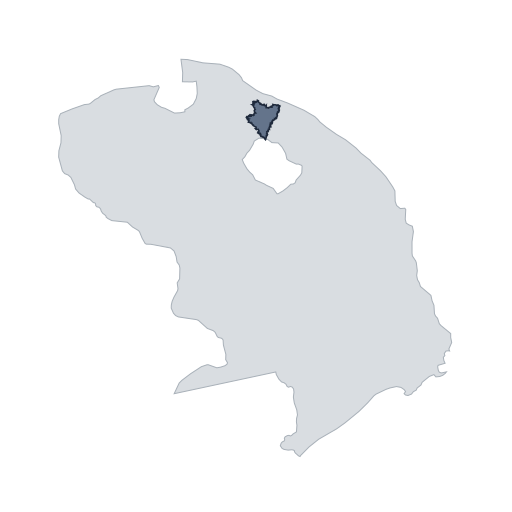 Umgungundlovu, KwaZulu-Natal, South Africa shown in context, rotated 263°
{"feature_id": "47623444B82303823139799", "entity_name": "Umgungundlovu", "entity_type": "district", "adm_level": 2, "iso_a3": "ZAF", "parent_name": "South Africa", "parent_adm1": "KwaZulu-Natal", "projection": "albers", "projection_center": [30.306, -29.53], "detail": "fine", "context": "in_parent", "style": "filled", "palette": "slate", "viewbox_px": 512, "rotation_deg": 263, "n_neighbors": 0, "source": "geoboundaries", "source_scale": "gbopen_adm2", "svg_char_len": 9129}
<svg xmlns="http://www.w3.org/2000/svg" viewBox="0 0 512 512"><g transform="rotate(263 256 256)"><path d="M364.1,74.2L378.2,72.2L384.5,73.2L392.1,76.2L399.2,77.3L411.3,76.3L415.4,76.8L418.7,77.8L421.1,79.4L424.4,91.4L427.2,104.2L427.1,108.3L427.5,109.9L430.9,115.3L432.1,118.7L434.0,121.5L438.2,135.2L438.6,137.6L438.1,170.7L436.4,174.7L437.1,179.9L435.1,180.5L423.5,173.7L421.5,174.0L418.2,176.4L415.1,180.3L413.7,183.6L407.8,192.5L407.4,198.1L407.8,203.0L409.8,203.2L411.1,206.7L414.3,212.3L419.6,215.9L424.5,217.5L431.3,218.0L436.8,218.0L436.5,214.2L437.9,204.2L446.9,205.6L460.4,205.5L459.3,212.0L454.2,226.8L450.8,243.5L446.7,251.9L444.4,255.3L437.9,261.4L434.5,263.4L431.7,264.1L420.6,276.4L416.4,282.4L412.8,291.2L409.2,296.0L403.9,306.2L394.8,321.4L387.1,331.4L383.7,334.2L381.4,335.6L375.3,341.4L366.9,350.7L360.4,359.1L350.9,368.5L345.3,372.7L337.1,380.9L334.7,382.2L325.5,389.9L318.8,394.6L308.0,400.1L303.7,401.8L293.3,400.8L289.0,401.7L285.5,405.0L285.3,409.5L283.9,410.3L274.3,408.6L270.3,409.1L268.2,411.7L266.5,414.8L261.0,415.2L251.2,412.6L239.7,411.2L237.0,411.2L231.6,413.9L229.7,414.3L221.7,414.3L217.1,413.1L212.8,413.4L209.6,414.8L205.7,415.5L195.6,424.8L190.1,425.3L185.4,426.6L176.9,426.1L174.5,426.9L172.1,428.6L166.4,429.7L164.3,431.2L155.3,439.8L151.3,439.3L146.3,439.7L140.2,436.1L138.1,436.6L138.5,435.3L138.5,433.0L136.3,431.0L134.1,431.3L132.7,429.6L129.3,429.7L126.5,430.6L125.3,423.4L123.9,422.8L120.4,423.0L118.8,423.5L118.0,424.2L117.3,425.9L117.8,430.9L116.5,429.6L114.8,426.8L114.0,423.6L114.1,419.8L116.6,418.1L115.3,413.3L110.4,405.5L107.8,404.0L105.4,399.9L103.3,398.6L102.2,395.7L100.0,393.5L99.0,389.8L99.8,387.5L101.3,386.2L103.2,387.9L105.2,386.9L107.9,383.9L109.3,379.5L108.7,372.9L107.8,368.8L104.3,358.4L102.9,356.0L96.7,349.0L89.3,339.4L79.6,324.1L74.6,314.9L66.5,295.9L60.1,285.5L52.5,275.9L51.6,275.3L52.4,273.9L55.6,271.1L57.1,270.3L57.9,270.5L58.7,269.7L59.3,268.0L59.4,264.3L60.6,260.3L61.8,258.5L64.7,257.0L67.2,258.2L68.3,259.5L68.9,261.3L70.1,262.1L71.7,261.9L73.0,262.9L73.9,265.2L74.0,266.9L73.2,268.1L73.5,269.4L74.8,271.0L76.5,274.7L83.0,276.0L86.5,275.9L89.9,276.5L93.2,277.8L98.4,277.7L105.4,276.1L111.4,275.9L116.2,277.1L119.5,277.1L121.5,275.9L122.3,274.3L121.8,272.3L122.7,271.0L125.0,270.2L126.7,268.5L127.9,266.0L131.0,263.7L135.9,261.7L138.5,261.5L129.3,158.0L139.3,164.3L141.7,167.4L147.1,176.7L152.8,188.3L154.0,194.0L153.9,195.3L149.8,203.5L150.0,207.4L150.9,211.9L152.2,214.1L153.6,214.7L156.8,213.3L162.0,214.1L171.6,212.8L176.5,213.1L177.7,212.6L178.7,211.5L179.7,208.7L180.8,207.7L185.2,206.2L187.1,204.5L190.0,198.9L199.1,191.0L200.1,189.2L205.0,171.5L206.7,168.9L209.3,167.1L214.6,165.5L217.8,166.0L221.3,167.3L225.2,169.6L231.2,174.0L233.2,174.6L238.9,174.5L242.6,177.4L253.3,179.0L256.4,178.7L259.6,176.9L265.1,176.7L270.9,175.3L274.4,172.1L280.5,152.9L281.1,148.7L281.9,147.5L287.4,145.2L294.3,143.3L295.6,142.4L299.8,137.0L305.2,132.4L308.7,117.2L311.2,113.6L312.8,112.0L313.8,112.0L315.2,111.0L317.0,109.1L319.3,107.9L321.8,107.4L323.5,106.1L324.2,104.1L325.5,103.1L327.4,103.1L328.5,102.4L328.8,101.1L332.9,97.7L333.0,96.4L335.4,93.2L340.1,88.0L344.5,85.1L348.8,84.5L356.6,81.8L359.3,79.4L361.1,76.1L364.1,74.2ZM354.3,297.9L360.8,295.2L365.5,291.8L366.6,285.6L370.3,281.8L371.6,278.2L372.6,273.3L370.3,268.3L367.3,266.8L361.7,262.5L359.2,259.5L355.8,257.0L353.4,254.1L349.6,255.1L343.7,257.6L340.1,259.9L337.0,262.6L331.5,264.6L326.5,273.1L324.9,275.0L321.0,281.3L315.2,284.4L315.1,285.5L317.2,290.5L320.0,295.3L323.0,299.3L322.9,301.8L323.9,303.8L326.5,305.1L330.8,310.0L333.0,311.6L339.5,312.7L340.4,312.3L342.1,309.3L342.3,307.2L346.5,300.5L348.3,298.5L354.3,297.9Z" fill="#d9dde1" stroke="#a8b0b8" stroke-width="1"/><path d="M405.5,281.8L405.1,281.8L405.0,281.7L404.9,281.5L405.0,281.4L405.0,281.1L405.1,280.6L405.3,280.6L405.5,279.9L405.7,279.7L405.8,279.4L405.9,279.2L406.1,278.8L406.1,278.5L406.6,278.5L406.5,279.5L407.1,279.1L407.2,278.4L408.6,277.1L409.5,277.4L409.6,277.2L409.8,277.2L410.3,276.5L410.0,276.5L409.4,276.2L409.5,275.4L409.0,274.9L408.9,274.9L408.8,275.0L408.7,274.8L408.7,274.5L408.8,274.5L408.8,274.4L408.8,274.2L409.0,274.2L408.9,274.0L409.1,273.8L409.1,273.7L409.3,273.7L409.3,273.4L409.5,273.4L409.4,273.1L409.8,272.7L409.5,272.4L409.5,272.5L409.5,272.4L409.4,272.2L409.5,271.8L409.0,271.9L408.7,272.3L408.8,272.5L408.4,272.6L408.4,272.8L408.2,272.8L408.5,273.6L408.3,273.9L408.1,273.1L407.4,272.7L407.6,272.2L407.5,271.9L407.3,271.8L407.2,271.5L407.4,271.4L407.1,271.3L407.1,271.5L406.9,271.6L406.7,271.4L406.5,271.2L406.6,270.8L406.6,270.6L406.3,271.0L406.2,271.5L405.7,271.6L405.7,271.9L405.3,271.5L403.9,272.0L403.5,272.6L403.3,272.4L402.4,272.6L401.9,272.9L401.6,272.7L401.4,272.9L401.3,272.7L400.5,271.9L400.2,271.9L400.1,272.1L399.5,272.2L398.9,272.4L398.0,273.1L398.0,271.8L397.5,271.8L397.5,271.5L397.4,271.4L397.1,271.3L396.9,270.9L396.2,271.1L396.2,270.4L395.9,270.3L396.6,269.1L396.7,268.4L395.9,268.7L395.3,268.4L395.3,268.2L395.5,268.0L395.4,267.7L395.5,267.7L395.8,267.3L395.8,267.0L396.1,267.0L396.3,266.7L396.4,266.8L396.7,266.8L396.5,266.5L395.9,266.5L396.0,265.9L395.9,265.9L395.3,266.3L395.2,266.0L395.5,265.8L395.4,265.1L394.9,264.9L394.7,264.3L395.0,264.4L395.6,264.1L395.6,263.9L394.7,263.2L393.1,264.1L393.3,264.6L393.3,265.0L393.0,265.6L392.9,265.1L392.5,265.1L392.2,264.5L391.9,265.0L391.4,265.0L391.3,265.5L389.7,264.7L389.4,266.0L388.9,266.4L389.2,267.2L388.3,267.3L388.2,268.2L387.3,268.1L386.7,268.5L386.4,269.3L385.8,269.1L384.5,270.8L384.4,271.2L384.0,271.8L382.7,271.8L382.6,271.0L382.4,271.2L382.2,271.1L381.6,271.5L381.0,272.1L381.8,271.8L381.5,272.5L381.5,273.7L380.3,274.0L379.9,274.2L379.7,274.0L379.3,274.1L378.5,273.9L378.5,273.7L378.4,273.7L378.7,273.4L378.9,273.3L379.0,273.1L379.4,272.9L379.1,272.9L378.5,273.3L378.0,272.7L377.0,273.9L377.2,274.1L377.2,275.2L376.7,275.2L376.3,275.6L375.7,274.9L375.5,275.3L374.8,275.5L374.6,275.4L374.4,275.6L374.2,275.4L373.9,275.5L373.9,275.8L374.0,276.1L374.0,276.3L373.7,276.6L373.7,276.9L373.3,276.9L373.3,277.2L373.4,277.4L373.0,277.6L372.8,278.0L372.9,278.3L372.6,278.5L372.3,278.6L372.2,278.8L371.9,279.0L371.5,278.9L371.4,279.1L371.1,279.0L370.9,279.2L371.0,279.5L370.8,279.5L370.6,279.4L370.2,279.6L370.4,279.8L370.6,279.8L372.0,280.4L372.5,280.6L372.9,280.6L373.0,280.7L373.4,280.8L373.7,280.8L373.8,281.2L374.2,281.1L374.1,281.5L374.8,281.9L374.7,282.0L375.2,282.3L375.8,282.0L376.0,282.0L376.0,281.9L375.7,281.7L376.1,281.6L376.4,281.9L376.7,281.6L376.9,281.9L377.1,282.0L377.9,281.9L377.8,282.2L378.4,282.6L378.2,283.0L378.4,283.0L378.5,282.8L378.9,282.8L379.0,282.9L378.7,283.5L380.3,283.7L380.3,284.1L380.0,284.8L380.9,284.8L381.8,284.7L381.9,284.9L382.2,285.0L382.0,285.3L382.4,285.5L382.4,285.9L382.7,285.6L383.0,285.7L383.4,285.5L383.7,286.0L383.8,286.2L383.6,286.5L384.2,286.5L384.3,286.4L384.6,286.7L384.8,286.4L385.0,286.9L385.5,286.6L385.5,286.9L385.3,287.1L385.7,287.4L385.6,287.6L385.4,287.5L385.5,287.7L385.3,287.9L385.3,288.1L385.6,288.2L385.9,288.4L386.2,288.3L386.6,287.7L386.6,287.8L386.5,288.2L386.7,288.6L386.9,288.6L387.1,288.8L387.2,288.7L387.3,288.6L387.5,288.4L387.8,288.6L387.9,288.4L388.8,289.1L388.9,289.3L388.6,289.6L388.6,290.2L389.0,290.3L389.3,290.0L389.2,290.3L389.3,290.7L389.2,290.8L389.2,291.0L389.3,291.0L389.6,291.3L389.8,291.2L390.1,291.4L390.1,291.5L389.9,291.6L389.7,291.8L389.9,292.1L389.8,292.3L389.8,292.5L390.0,292.5L390.2,292.2L390.2,292.4L390.6,292.5L390.4,292.7L390.5,292.8L390.5,293.0L390.2,293.1L390.3,293.3L390.7,293.4L391.0,293.4L391.4,293.4L391.6,293.6L391.7,293.9L392.3,294.0L392.5,294.3L392.9,294.4L393.1,294.2L393.4,294.3L393.6,294.1L393.8,294.3L394.1,294.3L394.4,294.5L394.5,294.4L394.4,294.1L394.6,294.1L394.7,294.4L395.1,294.3L395.3,294.5L395.3,294.8L395.5,295.2L395.6,294.9L395.8,294.9L396.0,295.3L396.2,295.0L396.4,295.0L396.4,295.3L396.3,295.6L396.6,295.7L396.5,295.9L397.0,296.1L397.0,296.3L396.8,296.4L396.8,296.5L397.1,296.6L397.4,296.8L397.7,296.5L398.0,296.7L398.1,296.1L398.2,296.6L398.4,296.5L398.5,296.3L398.9,296.5L399.0,296.8L399.4,296.9L399.5,296.7L399.4,296.6L399.5,296.4L399.8,296.7L399.7,296.8L399.7,297.0L400.1,297.1L400.1,296.7L400.2,296.4L400.5,296.6L400.8,296.6L401.0,296.9L401.3,297.0L401.4,297.4L401.2,297.4L401.1,297.2L400.9,297.3L400.8,297.2L400.8,297.4L401.2,297.7L401.6,297.8L401.8,298.0L402.1,297.3L402.3,297.4L402.3,297.2L402.5,297.0L402.5,296.9L402.8,296.7L403.0,296.7L403.3,296.4L403.3,296.0L403.1,296.1L402.8,295.9L403.0,295.5L402.6,295.3L402.6,295.1L402.7,294.9L402.8,294.9L403.4,294.5L403.7,293.7L403.8,293.5L403.7,293.2L404.2,291.7L404.0,291.8L403.8,291.7L404.0,291.4L403.8,291.3L403.8,291.0L403.6,290.9L403.5,291.2L403.3,291.1L402.9,290.7L403.0,290.2L402.9,289.8L402.7,289.5L402.6,289.4L402.6,289.2L402.3,289.3L401.8,289.6L402.1,287.7L402.0,287.1L401.9,286.9L401.8,286.7L401.6,286.7L401.7,286.3L401.4,286.2L401.7,285.6L402.0,284.1L403.0,284.5L403.3,283.8L403.3,284.3L403.6,284.4L403.5,284.1L403.7,283.8L403.8,283.8L404.2,284.0L404.0,283.7L403.6,283.7L403.9,283.6L404.1,283.4L404.3,283.2L404.2,283.2L404.2,282.7L404.5,282.6L405.5,282.8L405.6,282.7L405.5,282.1L405.5,281.8Z" fill="#64748b" stroke="#1e293b" stroke-width="1.5"/></g></svg>